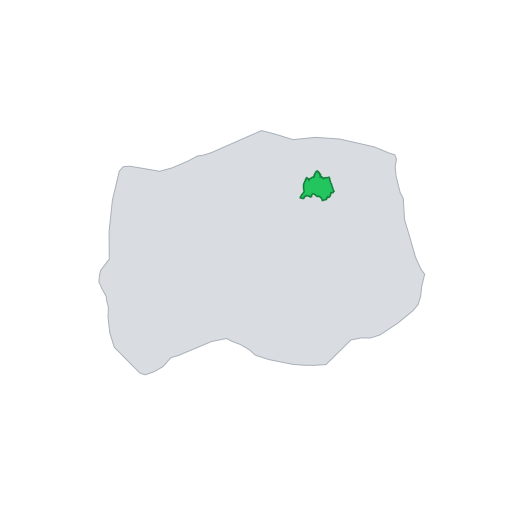 location of Bolahla, Leribe, Lesotho, rotated 35°
{"feature_id": "5366337B26434863829569", "entity_name": "Bolahla", "entity_type": "district", "adm_level": 2, "iso_a3": "LSO", "parent_name": "Lesotho", "parent_adm1": "Leribe", "projection": "orthographic", "projection_center": [28.277, -29.044], "detail": "fine", "context": "in_parent", "style": "filled", "palette": "green", "viewbox_px": 512, "rotation_deg": 35, "n_neighbors": 0, "source": "geoboundaries", "source_scale": "gbopen_adm2", "svg_char_len": 5854}
<svg xmlns="http://www.w3.org/2000/svg" viewBox="0 0 512 512"><g transform="rotate(35 256 256)"><path d="M326.1,333.4L313.8,337.2L312.1,337.6L304.2,336.6L293.7,337.5L285.5,339.7L279.1,340.5L268.6,351.6L249.6,381.8L244.6,388.2L243.2,400.0L238.8,409.4L233.5,416.8L228.2,418.5L212.4,415.7L192.2,412.0L180.4,402.9L169.9,391.0L164.3,382.4L158.5,377.6L156.5,375.0L148.2,371.0L145.1,368.9L142.3,367.5L138.9,361.7L137.0,356.7L137.6,342.7L131.7,334.4L121.6,320.2L115.2,308.6L106.4,292.7L101.0,279.1L95.4,265.0L96.0,259.0L101.2,254.8L116.5,247.5L128.5,241.9L136.9,231.7L146.2,216.6L150.7,207.6L155.2,203.4L160.1,197.0L168.7,182.8L178.3,167.0L188.6,150.1L201.7,145.2L219.5,139.5L236.7,124.7L257.2,112.3L290.3,98.8L305.8,95.4L311.7,93.5L315.4,96.0L319.3,103.8L324.9,110.2L337.9,121.5L343.5,124.3L356.8,141.0L371.2,152.4L387.6,165.7L398.9,172.3L404.6,174.2L409.2,185.9L414.0,194.6L416.6,202.7L416.0,210.6L410.6,229.8L402.9,249.4L396.7,257.6L389.2,262.7L381.9,270.4L379.0,286.2L375.6,304.8L366.1,312.4L358.8,317.4L348.6,323.5L326.1,333.4Z" fill="#d9dde1" stroke="#a8b0b8" stroke-width="1"/><path d="M262.1,179.3L262.2,179.0L262.4,178.7L262.4,178.4L262.5,177.5L262.9,177.5L263.0,177.2L263.7,177.1L264.4,177.1L264.7,176.9L264.8,176.7L265.1,176.5L265.3,176.5L265.5,176.4L265.8,176.2L266.2,176.4L266.3,176.6L266.7,176.5L266.7,176.3L266.7,176.2L266.8,176.2L267.0,176.0L267.1,175.9L267.2,175.6L267.4,175.5L267.3,175.4L267.2,175.3L267.2,175.2L267.0,174.9L266.9,174.7L266.6,174.2L266.7,173.8L266.6,173.7L266.5,173.2L266.7,172.8L266.7,172.5L267.5,172.3L268.0,171.9L268.6,171.8L268.9,172.0L269.1,172.0L269.4,172.0L269.8,171.8L270.0,171.9L270.2,172.2L271.0,172.2L271.3,172.1L271.5,172.0L271.9,172.0L272.1,172.1L272.3,172.1L272.5,171.9L272.8,171.5L272.8,171.2L273.0,171.0L273.4,170.9L273.6,170.9L274.3,171.0L274.5,171.0L274.9,171.0L275.1,170.8L275.3,170.9L275.8,171.1L276.0,171.1L276.9,171.4L277.7,172.0L278.4,172.5L278.6,172.2L279.3,172.0L279.5,171.7L279.4,171.4L279.4,171.2L279.5,171.0L279.8,170.8L280.2,170.3L280.4,170.2L280.8,170.0L281.0,169.7L281.2,169.4L281.2,169.0L280.9,168.9L280.7,168.4L280.8,168.1L280.6,167.8L281.0,167.6L281.3,167.2L280.8,166.3L281.3,166.2L281.8,166.2L282.1,166.0L282.3,165.6L282.3,165.3L282.3,165.0L282.4,164.7L282.4,164.3L282.1,163.6L282.0,163.4L281.7,163.4L281.7,163.1L281.8,162.3L281.3,161.6L281.1,161.3L281.0,161.1L281.2,160.9L281.4,160.8L281.7,160.6L281.9,160.6L282.1,160.5L282.3,160.2L282.6,160.1L282.8,160.0L282.8,159.7L282.6,159.3L282.6,159.1L282.7,158.6L282.8,158.4L282.8,158.1L282.2,158.0L281.8,157.8L280.5,156.9L280.2,156.6L279.9,156.4L279.7,156.2L279.4,155.9L278.9,155.8L278.8,155.6L278.5,155.5L278.2,155.2L277.9,154.9L277.4,154.7L277.2,154.6L277.1,154.4L277.1,154.2L276.8,153.8L276.5,153.8L276.2,153.6L275.6,153.5L275.4,153.4L275.0,153.1L274.9,153.0L274.7,152.8L274.4,152.6L274.2,152.3L273.9,152.2L273.7,151.9L273.5,151.7L273.4,151.6L273.0,151.4L272.7,151.5L272.5,151.3L272.3,151.0L272.2,150.4L271.8,150.2L271.3,149.9L271.0,149.9L270.8,149.8L270.7,149.6L270.5,149.8L270.2,150.0L270.0,150.4L269.8,150.6L269.5,150.9L269.5,151.0L269.4,151.1L268.8,151.5L268.3,151.6L268.2,151.8L268.1,152.1L268.0,152.3L267.6,152.5L267.1,153.0L266.9,153.2L266.9,153.6L267.0,153.9L266.9,154.0L266.7,154.0L266.4,153.9L266.1,153.6L265.5,153.5L265.4,153.6L265.4,153.8L265.2,153.8L264.9,153.7L264.7,153.6L264.3,153.4L264.2,153.4L264.2,153.6L264.2,153.9L263.8,153.7L263.7,153.8L263.5,154.0L263.4,154.1L263.4,153.8L263.2,153.8L262.8,153.7L262.8,153.2L262.3,152.9L262.3,152.5L262.3,152.4L262.2,152.4L262.1,152.6L261.7,152.6L261.3,152.5L261.2,152.6L261.1,152.4L261.2,152.1L261.1,151.9L260.5,151.9L260.3,151.6L260.1,151.6L259.9,151.8L259.7,151.7L259.4,151.6L259.5,151.4L259.3,151.3L259.2,151.3L258.9,151.2L258.8,151.4L258.8,151.5L258.7,151.8L258.3,151.9L258.1,151.9L257.9,151.3L257.8,151.2L257.7,151.2L257.2,151.2L257.1,151.4L257.0,151.5L256.8,151.5L256.7,151.4L256.8,151.6L256.8,152.1L256.9,152.6L257.0,152.7L256.8,153.3L256.9,153.5L257.0,154.0L256.9,154.1L256.9,154.5L257.0,154.7L257.0,154.8L257.2,155.1L257.2,155.3L257.1,155.5L257.1,155.8L257.5,155.9L257.6,156.0L257.6,156.3L257.5,156.5L257.4,156.6L257.5,156.8L257.6,157.0L257.8,157.1L258.1,157.2L258.2,157.4L258.3,157.5L258.2,157.6L258.2,157.9L258.1,158.1L258.0,158.4L257.9,158.4L257.6,158.5L257.4,158.6L257.2,158.8L257.0,159.0L256.8,159.4L256.8,159.5L256.7,160.2L256.7,160.4L256.6,160.6L256.2,160.9L256.1,161.1L256.0,161.4L255.9,161.6L255.8,162.0L255.7,162.1L255.7,162.4L255.6,162.8L255.8,162.8L255.9,163.0L255.9,163.6L255.6,163.4L255.5,163.2L255.4,163.0L255.0,162.9L254.9,162.9L254.7,162.7L254.2,162.6L253.8,162.8L253.7,162.8L253.4,163.0L253.1,162.8L252.8,162.8L252.6,162.7L252.4,162.8L252.6,163.4L252.6,163.8L252.8,163.9L252.7,164.1L252.8,164.2L252.8,164.3L252.9,164.2L253.0,164.3L252.9,164.4L252.9,164.7L252.8,164.8L252.9,165.0L253.1,165.0L253.0,165.3L253.0,165.6L253.2,165.8L253.2,166.0L253.2,166.4L253.3,166.4L253.4,166.7L253.4,166.8L253.4,167.0L253.4,167.5L253.4,167.8L253.4,168.0L253.5,168.2L253.6,168.3L253.6,168.5L253.5,168.9L253.6,169.2L253.7,169.3L253.9,169.6L253.9,169.8L253.9,170.0L253.9,170.3L254.0,170.4L254.5,170.8L254.7,171.0L255.0,171.6L255.0,171.8L255.1,172.2L255.3,172.4L255.5,172.4L255.6,172.5L255.8,172.7L255.9,172.9L256.2,173.1L256.3,173.2L256.4,173.6L256.6,173.9L256.9,174.0L257.0,174.2L257.1,174.4L257.3,174.5L257.5,174.6L257.9,175.0L258.2,175.2L258.4,175.6L258.5,175.9L258.5,176.1L258.6,176.4L258.5,176.5L258.5,176.8L258.5,177.1L258.5,177.6L258.5,178.3L258.4,178.8L258.2,179.7L258.3,180.2L258.5,180.6L258.6,180.8L258.5,181.4L258.5,182.2L258.6,182.4L258.6,182.6L258.8,182.8L258.9,183.0L259.4,182.9L259.6,182.8L259.9,182.7L260.0,182.6L260.3,182.4L260.7,182.4L260.9,182.3L261.4,182.1L261.5,181.9L261.8,181.7L262.0,181.6L262.1,181.4L262.2,181.2L262.0,180.8L261.7,180.2L261.6,179.9L261.6,179.6L261.7,179.4L261.8,179.3L262.1,179.3Z" fill="#22c55e" stroke="#15803d" stroke-width="1.5"/></g></svg>